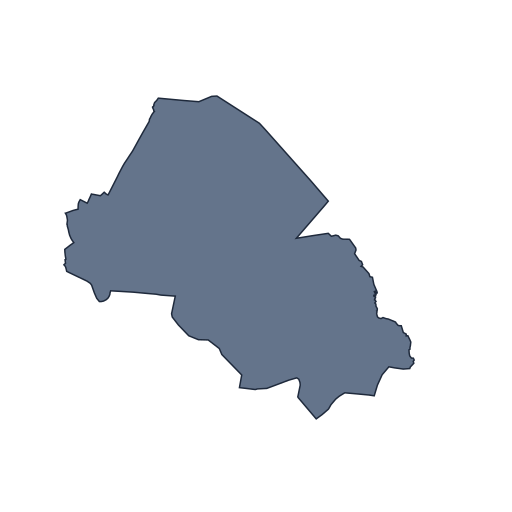 the district of Lagos Mainland, Lagos, Nigeria, rotated 297°
{"feature_id": "59680162B78639882894514", "entity_name": "Lagos Mainland", "entity_type": "district", "adm_level": 2, "iso_a3": "NGA", "parent_name": "Nigeria", "parent_adm1": "Lagos", "projection": "albers", "projection_center": [3.381, 6.497], "detail": "fine", "context": "isolated", "style": "filled", "palette": "slate", "viewbox_px": 512, "rotation_deg": 297, "n_neighbors": 0, "source": "geoboundaries", "source_scale": "gbopen_adm2", "svg_char_len": 3087}
<svg xmlns="http://www.w3.org/2000/svg" viewBox="0 0 512 512"><g transform="rotate(297 256 256)"><path d="M227.2,443.9L232.1,445.3L233.5,443.9L235.1,444.2L236.4,442.6L235.6,440.8L236.8,438.3L238.8,436.7L241.8,434.9L242.8,435.5L244.4,434.7L246.1,434.3L249.6,433.0L251.2,431.1L253.9,427.5L253.0,426.1L254.6,425.3L254.7,422.0L259.8,417.1L258.9,415.1L258.7,414.0L259.8,411.4L260.5,410.3L259.9,402.5L259.2,400.2L258.9,397.8L258.8,397.1L257.0,395.8L256.5,393.4L256.9,391.9L258.6,390.3L259.9,389.4L261.2,389.2L261.8,388.4L262.4,388.7L264.0,388.1L264.8,387.1L265.6,385.8L267.6,384.6L268.1,383.2L269.9,383.6L270.2,382.9L270.9,382.5L270.7,381.5L271.6,381.2L272.9,381.5L273.8,381.1L273.6,379.9L273.9,379.0L274.6,378.9L275.2,380.4L275.9,380.6L276.8,380.1L276.6,379.5L277.3,379.6L278.0,380.7L278.7,380.4L277.5,378.8L277.3,378.4L278.0,377.6L279.8,379.2L284.2,373.9L289.9,369.4L289.3,366.9L291.6,364.6L294.8,356.4L294.5,354.3L296.6,355.0L299.0,352.4L298.9,349.9L302.8,342.8L306.7,342.4L308.4,341.2L313.0,332.4L313.3,331.6L310.4,325.7L310.1,323.2L311.3,320.1L310.8,317.6L307.8,314.2L309.0,310.1L300.1,297.6L293.3,288.3L290.1,283.9L333.2,294.5L337.7,295.5L347.7,271.1L372.9,206.6L375.8,198.8L380.8,148.6L378.1,144.0L367.5,135.0L361.7,120.9L352.3,97.3L349.5,96.9L346.7,96.0L345.0,96.2L344.0,96.4L343.6,96.8L342.3,96.6L342.1,96.3L341.7,96.2L340.9,97.0L339.7,98.6L339.2,98.8L338.8,99.2L338.7,99.8L337.1,99.4L335.3,99.1L333.0,99.0L330.9,99.1L329.5,99.0L327.6,99.7L326.6,99.7L322.7,99.5L314.7,99.1L306.8,98.8L293.8,98.4L291.9,98.2L288.7,97.8L283.9,97.3L279.0,96.7L275.4,96.5L267.3,96.4L263.6,96.5L258.9,96.5L254.0,96.5L244.0,96.5L243.2,96.4L243.2,94.3L243.5,93.4L243.9,91.8L240.3,90.5L239.0,89.9L238.9,89.4L238.4,87.7L237.8,85.7L237.2,83.5L236.6,81.8L236.5,81.2L233.6,81.4L230.5,81.5L228.4,81.7L226.4,81.6L226.4,77.3L226.4,73.8L223.5,73.7L221.8,74.0L220.1,74.7L216.9,76.2L215.3,74.3L213.4,72.2L210.8,69.8L207.8,67.0L207.6,66.7L207.5,66.8L206.7,68.2L205.6,69.3L202.4,71.7L201.4,72.1L198.5,73.1L198.5,73.4L197.0,74.3L195.7,75.5L194.2,76.9L192.5,78.2L189.9,80.5L187.6,83.3L186.7,84.7L185.2,87.6L181.0,85.4L178.2,84.1L175.1,82.6L172.8,83.9L169.6,86.0L167.1,87.9L166.6,88.1L166.2,88.0L166.0,87.6L165.0,88.2L163.0,89.6L161.1,88.8L160.7,89.3L160.4,90.4L159.7,91.4L158.3,92.7L157.2,93.6L156.4,94.3L156.4,96.8L156.9,116.8L156.4,120.8L155.4,122.8L153.0,125.3L149.6,128.9L146.0,133.3L144.3,137.1L145.0,138.6L146.5,140.5L147.4,141.2L149.3,142.5L151.6,143.3L153.8,143.4L155.5,143.2L156.8,142.7L159.0,142.3L168.0,162.9L173.9,177.7L176.6,184.3L178.0,189.0L181.5,197.3L183.6,202.3L166.2,207.0L163.6,209.1L159.3,218.2L154.4,232.3L155.3,242.7L159.5,251.5L156.9,265.3L152.7,270.3L143.5,297.3L131.2,301.0L133.2,306.4L136.7,316.0L138.2,317.6L142.9,325.7L148.9,331.2L160.1,341.4L165.9,347.6L165.7,350.0L163.3,352.6L161.1,354.0L149.5,357.2L149.0,357.8L138.2,383.6L138.4,383.7L144.7,386.9L152.6,390.1L157.6,390.3L164.7,392.0L169.0,393.9L174.4,397.2L179.0,408.6L183.4,419.7L185.1,424.8L196.1,422.8L207.5,422.3L217.6,424.7L219.3,430.4L222.1,438.5L225.5,444.1L227.2,443.9Z" fill="#64748b" stroke="#1e293b" stroke-width="1.5"/></g></svg>